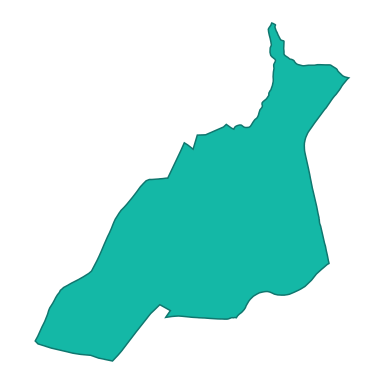 San Juan Huactzinco, Tlaxcala, Mexico
{"feature_id": "50627088B94791991588668", "entity_name": "San Juan Huactzinco", "entity_type": "district", "adm_level": 2, "iso_a3": "MEX", "parent_name": "Mexico", "parent_adm1": "Tlaxcala", "projection": "albers", "projection_center": [-98.251, 19.238], "detail": "fine", "context": "isolated", "style": "filled", "palette": "teal", "viewbox_px": 384, "rotation_deg": 0, "n_neighbors": 0, "source": "geoboundaries", "source_scale": "gbopen_adm2", "svg_char_len": 4183}
<svg xmlns="http://www.w3.org/2000/svg" viewBox="0 0 384 384"><path d="M268.6,31.9L269.3,35.2L270.2,38.5L270.8,41.5L271.4,45.0L270.2,47.9L270.0,52.2L270.7,55.3L271.7,56.6L274.4,58.8L275.1,59.4L275.5,60.4L275.1,61.9L274.2,63.5L273.7,64.8L273.7,66.0L274.0,68.5L273.4,72.0L273.1,76.7L273.3,79.6L273.2,81.7L272.7,83.8L272.4,85.5L271.6,87.6L270.9,89.8L270.0,90.9L268.9,93.0L268.8,94.0L268.8,95.4L268.1,96.4L266.5,98.8L263.1,101.6L262.1,102.9L262.0,104.2L262.4,105.7L262.2,106.8L261.9,107.5L260.0,109.8L259.6,111.0L258.9,113.2L258.4,115.2L257.5,117.1L256.7,118.2L255.0,119.5L254.1,120.6L253.3,121.8L253.1,122.0L251.6,124.5L250.5,126.2L249.8,126.8L249.1,127.2L248.1,127.4L246.1,127.5L244.9,127.4L243.9,127.0L243.0,126.4L242.0,125.6L241.5,125.2L240.7,125.0L239.6,125.0L238.0,125.4L236.4,126.0L235.4,126.6L234.8,127.2L234.3,128.0L233.8,129.2L231.5,128.1L226.3,124.4L223.5,127.0L205.6,134.8L203.2,134.9L197.3,135.1L193.1,149.2L187.8,145.0L184.3,142.8L180.7,150.9L167.7,178.2L166.5,178.1L162.7,178.6L160.1,178.8L158.4,179.0L151.6,179.5L149.3,179.5L146.1,180.8L143.3,183.6L141.5,185.6L140.6,186.5L139.2,188.4L136.6,192.0L132.6,197.2L126.7,204.4L124.0,207.4L121.1,210.3L119.1,213.1L116.6,217.1L115.3,219.1L113.8,222.4L112.9,224.6L111.3,228.7L109.3,233.2L107.6,236.6L105.5,241.4L104.0,244.8L101.4,251.0L99.0,256.4L96.9,260.8L91.5,271.1L88.8,273.4L83.0,277.0L78.0,279.8L71.7,283.0L66.6,285.9L63.6,287.5L61.9,289.1L60.4,290.3L59.3,292.5L57.5,294.7L55.7,297.6L54.5,300.0L52.7,303.3L51.1,305.8L49.8,307.8L48.7,310.4L47.6,314.2L44.7,321.5L41.9,327.1L39.8,331.8L37.8,336.2L35.2,341.0L38.0,343.9L51.3,348.1L67.2,351.8L72.9,353.2L80.6,354.4L90.7,355.3L98.6,358.1L112.5,361.0L112.7,360.8L117.8,355.4L120.4,352.4L122.3,350.1L122.8,349.4L130.1,339.8L136.3,331.7L140.5,326.4L147.0,318.2L147.9,317.0L149.8,314.6L150.9,313.3L154.5,309.9L159.8,304.7L160.2,304.9L170.4,310.6L166.0,316.9L165.7,317.4L166.3,317.3L168.3,317.0L171.8,316.5L175.2,316.2L178.5,316.0L181.4,316.2L187.5,316.8L192.2,317.3L197.6,317.6L198.2,317.7L202.3,317.9L204.9,318.0L209.6,318.4L217.8,318.9L221.1,319.0L222.3,319.0L224.3,319.1L227.2,319.1L228.3,318.9L231.5,317.7L232.3,317.6L233.0,317.8L233.4,317.8L234.2,317.6L235.1,317.5L236.3,317.8L237.6,315.8L239.1,314.3L241.6,312.4L243.2,310.7L244.3,309.4L245.4,307.7L245.9,306.4L246.1,305.8L248.7,301.3L250.3,299.2L253.4,296.2L256.7,294.2L259.4,292.8L262.7,292.0L265.0,291.6L267.2,291.5L268.4,291.7L270.0,292.1L271.6,292.8L272.9,293.4L274.3,294.1L277.7,294.9L281.4,295.1L284.4,295.1L287.7,294.6L289.5,294.2L294.0,292.3L296.6,291.1L298.7,290.1L300.8,289.0L304.9,286.5L311.5,280.2L316.4,274.0L321.7,269.2L323.4,267.8L325.0,266.4L327.3,264.4L329.0,263.5L328.9,262.7L328.6,261.5L328.4,260.8L328.0,258.6L327.4,255.5L326.3,250.7L325.4,246.0L324.5,243.1L322.8,235.5L321.2,228.6L320.6,226.0L319.8,223.9L319.5,222.5L319.4,221.4L319.3,220.3L319.3,219.8L319.0,218.8L319.0,217.8L318.9,217.3L318.0,213.4L316.7,206.6L315.6,201.9L313.3,192.0L312.3,187.9L312.0,186.2L311.4,183.3L311.0,181.2L310.4,178.3L309.7,174.5L308.4,168.3L306.0,157.6L305.7,156.3L305.0,153.0L304.6,151.0L304.4,148.3L304.4,147.9L304.3,145.4L304.4,144.1L304.4,143.2L304.9,140.8L305.1,139.7L305.4,138.8L305.6,137.9L306.0,136.9L306.7,135.3L307.5,133.5L308.0,132.5L310.1,129.4L311.2,127.9L314.6,123.0L317.5,119.1L324.6,109.5L326.1,107.9L326.9,106.7L330.0,102.2L331.4,100.1L332.7,98.3L333.8,96.9L334.5,96.0L335.3,95.2L336.2,94.2L337.4,92.6L338.6,91.0L339.5,89.8L340.8,87.8L341.8,86.1L343.5,83.8L344.3,82.9L346.0,80.8L347.3,79.2L348.8,77.9L345.3,77.0L344.7,76.8L343.8,76.4L342.7,75.8L342.0,75.2L339.0,72.3L337.6,70.7L337.1,69.5L336.3,68.7L335.1,67.9L332.6,66.4L331.2,65.4L330.3,65.0L329.5,64.9L328.7,64.9L325.7,64.9L320.2,64.7L317.4,64.7L314.5,65.2L312.6,65.2L308.6,65.2L303.8,65.8L302.4,65.7L297.8,64.5L296.8,64.0L295.9,63.3L295.1,62.4L294.5,61.6L294.0,60.7L293.2,60.1L292.2,59.6L291.2,59.3L289.9,59.1L288.1,57.6L285.2,55.7L284.4,54.8L284.0,54.1L284.0,51.5L283.7,48.6L283.8,46.6L284.0,41.5L283.7,40.9L282.6,40.6L281.9,40.4L281.0,40.1L280.1,38.9L278.0,34.8L277.1,32.5L276.1,30.7L274.9,27.0L275.2,25.8L275.5,25.0L275.2,24.6L272.7,23.3L271.7,23.0L270.8,25.3L269.1,27.7L268.3,29.2L268.6,31.9Z" fill="#14b8a6" stroke="#0f766e" stroke-width="1.5"/></svg>